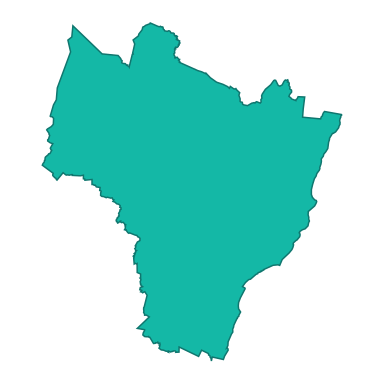 Central Hawke's Bay District, Hawke's Bay, New Zealand
{"feature_id": "76426892B41441178851735", "entity_name": "Central Hawke's Bay District", "entity_type": "district", "adm_level": 2, "iso_a3": "NZL", "parent_name": "New Zealand", "parent_adm1": "Hawke's Bay", "projection": "equal_earth", "projection_center": [176.584, -40.056], "detail": "fine", "context": "isolated", "style": "filled", "palette": "teal", "viewbox_px": 384, "rotation_deg": 0, "n_neighbors": 0, "source": "geoboundaries", "source_scale": "gbopen_adm2", "svg_char_len": 5909}
<svg xmlns="http://www.w3.org/2000/svg" viewBox="0 0 384 384"><path d="M72.9,25.8L71.8,37.0L67.9,40.1L70.6,51.9L57.3,87.9L56.3,99.9L53.5,104.9L50.2,116.2L50.6,116.6L52.3,116.8L53.6,118.4L53.3,124.3L51.3,126.6L47.4,129.0L46.7,129.9L49.0,133.3L49.0,134.2L49.7,135.4L48.4,139.3L47.7,139.8L47.7,141.0L50.2,142.8L52.8,143.7L50.3,148.2L51.1,150.0L51.7,150.3L50.0,153.5L48.6,153.9L48.2,154.7L45.5,157.0L45.1,157.9L45.0,160.2L44.5,160.4L44.2,162.2L43.1,163.4L42.3,165.2L53.2,173.3L52.7,174.9L52.9,175.7L54.9,177.8L55.9,178.3L56.4,179.6L57.0,180.1L63.1,172.7L65.8,174.9L66.8,175.1L67.5,174.8L69.2,175.2L72.1,174.5L72.4,174.6L72.3,175.4L80.4,175.8L83.4,175.2L83.4,178.8L84.7,179.0L84.9,180.2L92.0,179.5L92.0,184.5L93.6,184.6L94.1,185.3L95.4,185.3L96.3,186.9L100.1,187.5L99.7,190.5L100.7,190.7L101.1,191.6L100.7,192.9L100.6,195.4L101.8,196.4L103.7,196.6L106.2,197.7L107.3,197.2L110.7,198.1L112.1,197.8L112.7,199.2L113.9,199.8L112.9,201.4L114.8,202.1L116.7,203.8L118.8,204.3L120.2,205.7L119.8,207.3L120.9,207.6L121.0,209.4L120.0,209.8L119.8,211.4L118.6,213.4L119.2,215.1L118.6,215.9L118.9,216.3L117.2,217.9L117.4,218.4L116.5,219.3L116.2,220.2L116.2,220.8L116.6,221.0L116.6,221.7L117.4,222.1L117.6,223.0L118.7,222.6L119.8,221.3L120.6,221.1L120.4,221.8L121.4,222.6L123.2,222.3L124.7,224.0L124.8,224.6L125.6,224.7L125.1,225.8L125.5,225.9L125.2,228.6L124.6,229.6L125.8,229.7L125.6,230.1L126.1,230.2L127.9,232.7L128.9,233.3L129.7,232.9L135.2,235.1L136.9,235.4L137.7,236.8L138.4,236.9L140.0,238.3L139.9,240.6L137.4,242.0L135.7,245.1L135.8,245.8L135.3,246.0L135.7,246.6L135.5,248.0L134.8,248.6L135.8,250.2L135.6,250.7L136.0,250.7L135.6,251.0L135.9,251.5L135.6,252.3L134.1,253.6L134.4,254.0L135.0,253.9L134.4,255.6L134.1,255.2L134.2,255.7L133.7,255.6L133.2,256.2L134.0,257.7L133.7,258.2L134.2,264.0L135.2,263.3L136.5,264.0L137.1,263.6L137.2,272.5L140.6,274.0L140.6,277.9L140.0,278.1L140.9,279.2L140.6,280.9L140.2,281.4L140.4,283.4L140.9,284.1L140.6,284.4L141.1,285.4L142.6,286.7L140.3,287.5L139.8,289.7L140.8,289.8L141.0,290.6L141.6,290.6L140.7,291.8L141.7,292.0L142.6,292.8L144.8,291.7L147.1,295.3L144.2,306.9L143.7,307.6L143.6,309.4L143.9,311.1L143.6,312.4L144.5,314.0L144.6,315.2L146.4,315.1L149.3,316.9L137.3,328.4L144.6,329.7L144.5,330.7L143.4,332.5L142.9,334.5L143.0,335.2L144.3,336.1L144.5,337.0L144.5,336.6L147.5,336.8L148.5,336.5L148.9,337.2L149.8,337.3L153.5,343.5L155.3,343.3L155.7,342.7L157.0,342.9L157.8,342.1L158.4,343.4L159.8,343.1L160.1,344.8L159.3,345.1L159.7,345.4L159.7,346.7L159.0,348.2L161.2,349.9L163.6,350.2L165.9,351.2L167.5,351.3L167.7,351.9L168.4,352.2L168.1,351.4L168.4,351.0L170.7,352.0L172.2,351.3L172.7,351.5L173.4,351.0L174.9,350.9L175.7,351.3L176.1,351.9L175.9,352.3L179.0,352.1L179.1,347.0L198.6,356.4L201.6,350.2L208.4,353.5L208.6,355.0L209.8,355.6L210.2,357.3L211.0,358.3L211.4,361.0L212.2,357.0L223.4,359.5L224.6,356.1L228.1,350.3L228.0,348.9L227.1,347.7L226.8,347.9L227.9,345.5L228.1,341.9L231.5,334.0L232.8,332.1L232.7,329.0L233.5,327.4L233.9,325.1L236.8,318.9L237.4,318.3L237.5,317.3L238.8,316.3L238.9,315.2L240.6,312.0L238.6,308.9L238.3,305.9L238.6,302.5L240.4,297.8L245.1,288.8L245.0,288.1L242.5,286.6L245.5,282.5L248.7,279.6L250.5,279.2L256.1,274.3L257.7,273.7L258.1,272.7L259.9,272.1L260.9,271.2L261.0,271.6L263.9,269.8L263.7,269.5L273.1,265.3L278.0,264.8L279.7,265.4L282.2,259.5L289.1,253.0L291.9,249.6L292.9,247.4L293.6,244.8L293.1,244.1L293.5,242.8L296.0,240.5L297.0,240.0L299.7,236.7L300.1,234.9L299.7,233.0L299.2,232.8L299.8,231.5L302.5,229.7L305.2,228.8L308.0,225.9L308.6,222.7L309.4,221.0L308.7,219.1L308.8,217.3L308.1,214.8L308.3,211.5L314.6,206.0L315.9,203.7L316.7,201.7L316.3,200.5L314.7,199.9L312.4,197.3L311.4,194.5L311.4,189.6L312.7,184.2L314.4,178.7L316.1,176.1L316.8,173.6L319.3,170.2L319.9,168.6L319.7,167.6L320.9,164.2L321.4,161.5L321.3,158.9L323.3,156.2L323.8,154.1L325.7,151.9L327.8,148.5L328.6,142.2L329.4,139.8L329.6,138.1L332.5,133.4L333.2,133.4L335.6,131.9L338.7,127.7L338.9,126.5L340.1,124.0L339.9,123.1L340.1,122.3L339.6,121.0L340.0,118.9L340.8,117.1L340.8,116.0L341.7,115.0L341.4,114.5L324.5,111.5L323.4,112.9L322.6,114.7L322.4,115.8L321.1,117.1L320.7,118.9L302.6,117.2L303.2,109.1L304.7,97.0L298.1,96.7L297.2,98.7L296.0,99.6L295.9,100.6L291.5,98.9L290.9,97.9L288.9,96.4L289.6,94.6L291.6,92.1L291.6,90.8L291.4,90.0L289.7,88.9L290.0,87.1L288.7,85.0L289.2,84.4L289.2,83.3L288.8,82.4L287.5,82.0L288.1,81.0L287.7,79.8L286.4,80.4L285.3,80.0L284.0,81.4L282.2,84.9L279.9,86.2L278.2,85.4L275.7,80.4L274.8,80.1L273.8,80.5L270.7,84.8L265.4,89.3L262.3,94.0L261.6,95.8L261.9,98.2L260.9,99.7L261.1,102.0L260.2,103.1L256.7,101.7L255.3,102.4L255.0,103.0L253.9,102.7L251.7,103.2L247.6,105.6L243.8,104.9L242.7,104.3L242.3,102.3L240.6,101.9L240.1,101.4L240.1,98.7L238.9,95.2L239.7,92.7L236.9,90.1L235.9,88.6L235.5,89.0L233.7,88.8L230.3,86.4L229.4,88.3L227.6,86.6L222.9,84.3L216.6,82.2L210.3,77.7L206.0,73.2L205.8,73.7L201.7,71.8L197.8,70.6L179.5,62.4L179.9,61.9L179.6,61.2L178.6,60.6L179.5,59.4L178.7,59.2L177.1,57.2L175.0,58.0L174.8,57.6L175.0,56.4L174.2,55.5L173.9,53.7L174.8,52.9L174.5,51.4L175.0,50.0L174.5,49.1L175.2,47.9L175.7,48.4L175.8,47.2L177.1,47.4L178.2,46.5L178.4,44.9L179.0,45.1L179.2,44.5L178.9,44.1L179.7,43.5L179.3,42.9L179.8,42.6L179.4,41.8L179.6,40.9L176.9,39.8L176.8,39.4L177.5,39.1L177.0,38.2L176.7,38.4L177.0,37.5L176.6,37.3L177.4,36.5L176.6,35.8L175.8,36.1L175.6,35.6L175.0,35.9L174.2,34.9L174.2,33.6L173.5,33.1L170.9,32.9L170.3,31.6L169.5,30.9L168.4,30.8L167.3,31.4L164.6,30.8L164.2,29.8L163.2,29.0L163.2,28.0L162.7,26.9L161.8,27.0L160.4,26.3L159.9,26.7L158.3,26.5L150.3,23.0L150.2,23.6L145.5,25.4L144.1,26.6L143.1,26.8L142.4,28.2L142.5,28.8L141.9,30.1L138.8,34.1L138.4,35.9L133.1,40.0L134.7,44.0L132.7,53.0L133.2,54.0L132.3,54.3L129.2,66.9L129.0,66.4L126.9,65.4L127.1,65.1L126.7,65.2L125.2,63.6L123.3,63.5L121.8,62.8L121.7,62.1L122.2,60.9L121.1,59.7L120.7,58.5L118.1,55.5L102.1,53.9L72.9,25.8Z" fill="#14b8a6" stroke="#0f766e" stroke-width="1.5"/></svg>